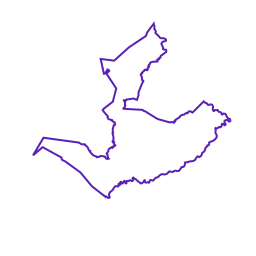 the district of Santa Rosa de Copan, Copán, Honduras, rotated 318°
{"feature_id": "27666195B67086372267843", "entity_name": "Santa Rosa de Copan", "entity_type": "district", "adm_level": 2, "iso_a3": "HND", "parent_name": "Honduras", "parent_adm1": "Copán", "projection": "robinson", "projection_center": [-88.756, 14.808], "detail": "fine", "context": "isolated", "style": "outline", "palette": "violet", "viewbox_px": 256, "rotation_deg": 318, "n_neighbors": 0, "source": "geoboundaries", "source_scale": "gbopen_adm2", "svg_char_len": 5919}
<svg xmlns="http://www.w3.org/2000/svg" viewBox="0 0 256 256"><g transform="rotate(318 128 128)"><path d="M146.4,71.6L147.0,72.0L147.4,72.1L149.0,71.7L149.7,71.4L151.1,71.2L151.7,71.0L151.9,70.8L152.3,71.2L152.3,73.0L151.9,73.1L148.4,73.2L145.7,90.8L134.3,98.3L122.5,97.4L121.9,97.8L121.1,97.8L120.9,99.8L120.8,106.0L120.2,106.2L119.8,106.5L119.6,107.1L119.5,107.9L119.7,108.8L120.5,109.9L120.8,110.7L121.5,111.5L121.0,112.5L121.4,113.4L121.5,114.2L121.8,115.0L121.8,115.3L121.0,116.0L120.8,116.6L120.6,116.9L120.2,116.9L119.8,116.4L119.4,116.4L116.0,118.5L114.9,119.9L114.1,120.5L113.8,121.6L113.1,121.5L112.6,122.0L112.3,123.0L110.8,125.5L108.9,127.3L107.8,127.5L107.8,127.9L108.3,128.8L108.4,129.2L108.3,129.3L108.0,129.4L107.3,128.8L106.9,131.2L107.1,131.8L107.0,132.3L106.2,132.3L105.5,132.5L104.9,131.7L103.8,132.3L103.2,132.4L103.0,132.2L103.1,131.5L103.0,131.3L101.6,131.2L100.4,130.8L99.5,130.9L97.5,132.2L96.7,132.4L95.7,132.5L95.1,132.7L94.8,134.4L93.6,135.9L93.2,137.9L92.3,137.5L91.4,136.4L91.3,135.9L91.3,135.2L91.8,133.9L90.9,133.0L90.3,131.9L88.6,130.3L87.1,130.1L86.7,129.8L86.4,129.2L85.3,128.9L85.3,127.8L84.7,126.9L83.8,124.3L83.7,123.6L83.9,122.9L83.7,121.0L83.8,120.7L84.5,120.1L84.6,119.9L84.5,119.6L84.1,119.1L84.0,118.8L84.6,116.8L85.1,115.4L85.1,113.9L84.7,112.5L85.1,111.7L85.0,111.3L84.8,111.1L84.5,111.2L84.3,111.1L84.2,110.6L83.9,110.1L82.5,108.9L82.2,107.5L81.8,106.5L81.8,106.0L58.7,78.7L39.1,84.8L51.7,85.1L58.8,105.4L57.9,106.8L57.7,107.5L57.8,108.0L59.0,110.7L62.9,129.3L62.2,147.1L65.2,164.1L65.7,163.9L66.0,164.1L66.3,166.4L67.1,167.2L67.5,167.4L67.9,167.3L68.3,166.8L68.6,165.8L69.2,164.9L70.2,164.2L71.5,163.7L75.0,163.8L78.0,162.9L79.5,162.8L80.2,163.1L81.1,164.5L81.9,164.9L82.4,164.7L83.3,163.3L83.7,163.2L84.0,163.6L84.2,164.7L84.5,164.9L85.0,164.6L85.3,163.8L85.7,163.3L86.0,163.1L86.4,163.1L86.8,163.4L86.9,163.6L86.8,164.1L86.4,164.9L86.5,165.2L86.7,165.5L87.6,165.5L89.1,164.9L89.6,164.9L89.9,165.0L89.9,165.4L89.5,166.1L89.3,166.9L89.3,167.6L89.6,168.0L89.9,168.0L90.2,167.7L90.9,166.6L91.3,166.5L91.8,166.6L92.7,167.8L94.1,168.0L94.8,168.3L95.3,170.1L95.5,170.3L95.9,170.4L97.0,170.1L97.8,168.4L98.3,168.2L98.7,168.3L98.9,168.9L99.0,170.0L99.5,171.5L99.6,172.8L100.0,175.4L100.2,176.2L100.4,177.8L101.3,178.3L102.9,178.5L103.6,178.4L104.6,177.9L105.4,177.9L105.5,178.1L105.3,178.5L104.7,178.8L104.5,179.1L104.4,179.5L104.4,179.9L105.1,180.9L106.3,181.5L107.0,182.7L107.4,182.7L108.8,181.7L109.5,181.5L110.1,181.8L111.2,183.7L111.4,183.9L112.8,183.7L114.3,183.7L115.4,183.5L117.3,184.6L120.2,184.4L121.6,184.7L122.7,185.3L124.3,187.2L125.6,187.9L127.6,188.1L129.0,187.8L129.6,187.9L131.7,190.5L133.5,190.9L134.4,191.2L135.1,191.9L135.6,192.8L135.9,193.2L136.6,193.6L137.4,193.9L138.0,193.9L138.7,193.6L139.9,193.5L141.5,192.9L141.9,193.0L142.4,193.5L143.1,193.9L144.3,194.0L144.8,193.8L146.2,192.8L147.0,192.0L147.6,191.8L149.0,193.1L151.9,194.3L152.5,194.9L153.4,195.6L155.4,196.5L156.2,196.6L157.2,196.4L158.9,195.7L161.0,195.8L161.2,196.9L161.3,197.2L161.9,197.4L163.5,197.6L164.3,197.4L166.4,196.2L167.2,196.2L168.3,196.4L169.5,196.3L170.2,195.9L172.0,194.7L173.6,194.5L174.4,194.6L175.3,194.0L176.2,194.7L176.9,194.7L177.4,194.4L178.5,193.2L178.9,193.0L179.7,193.2L182.1,194.3L185.2,194.7L186.0,194.6L187.6,194.2L188.6,193.4L189.2,192.5L189.5,191.0L189.9,189.9L192.0,188.1L192.3,187.6L192.4,186.9L193.0,186.6L193.3,187.2L194.1,187.9L195.3,188.2L196.0,188.1L196.5,188.2L197.0,189.2L197.4,189.4L198.6,189.3L199.5,188.7L200.4,187.8L200.6,187.8L201.4,188.5L201.5,190.5L202.6,190.9L202.8,190.8L203.0,190.5L203.7,188.0L204.6,187.3L205.1,187.3L206.8,188.1L207.2,188.4L207.3,189.0L207.2,190.5L207.4,190.9L208.1,191.3L209.0,191.1L209.5,190.1L209.7,189.5L209.6,189.1L209.0,188.0L208.8,187.3L209.1,185.2L209.7,183.6L209.8,182.7L208.6,181.1L207.2,181.2L206.9,180.9L206.9,180.6L207.4,178.9L207.3,178.3L206.3,176.4L206.3,175.9L206.6,174.9L206.6,174.5L205.7,174.0L204.7,172.9L203.3,172.9L203.0,172.6L203.0,171.9L203.7,170.5L205.6,169.0L206.1,167.1L205.8,166.5L205.3,165.8L204.5,165.3L203.6,165.0L203.0,164.5L202.9,163.7L203.1,162.6L202.9,161.9L202.3,161.0L202.1,160.3L202.1,158.9L186.3,159.7L186.0,159.2L185.7,157.6L184.4,156.4L183.2,156.6L182.9,156.5L182.3,156.9L182.1,156.9L181.9,156.7L181.8,156.2L181.7,156.0L180.1,155.6L178.6,155.6L177.0,154.4L175.8,154.3L175.0,154.0L173.2,154.6L171.9,154.1L169.6,154.1L169.0,153.7L168.6,153.9L167.8,153.8L167.6,154.2L167.5,154.6L167.4,154.7L166.7,154.1L166.4,154.1L166.1,154.4L165.5,154.7L165.1,153.5L164.6,153.0L163.7,152.3L162.9,152.0L156.0,141.1L151.8,126.7L151.4,126.3L151.0,125.6L150.9,124.2L137.5,110.7L137.8,110.3L138.2,110.2L139.6,110.4L140.4,109.6L141.2,109.4L141.2,108.8L141.5,108.3L141.8,108.0L142.4,107.7L142.7,107.3L143.1,105.7L143.5,104.7L144.4,105.5L145.0,105.6L144.9,106.2L145.2,106.2L145.8,106.0L146.3,106.1L151.8,109.8L153.5,113.1L157.9,110.6L159.7,108.5L168.9,104.0L169.3,104.0L170.6,103.6L170.9,103.3L171.0,102.9L170.9,102.7L170.5,102.2L171.2,100.8L172.0,100.2L173.1,97.5L173.2,96.8L174.3,96.6L175.0,96.8L175.3,96.2L178.4,96.3L178.9,95.9L179.3,95.9L180.0,96.5L180.7,97.7L181.0,97.9L181.2,97.7L181.3,97.2L182.0,97.6L182.7,96.7L184.0,96.7L184.3,96.6L184.4,95.7L185.0,95.9L185.4,95.8L185.9,95.6L186.1,94.9L187.2,95.0L187.8,94.5L188.3,94.4L189.5,94.8L190.1,94.9L190.6,95.4L191.8,96.0L192.1,96.6L192.6,97.0L193.7,97.3L194.3,98.3L194.7,98.1L195.7,96.7L196.2,96.9L196.7,97.5L197.1,97.7L198.0,96.9L199.0,97.4L199.4,97.3L199.7,97.1L199.9,96.6L200.7,96.3L204.5,96.8L206.2,96.8L207.0,97.1L207.6,96.9L208.6,95.4L207.1,93.5L206.9,92.7L207.8,91.9L208.5,89.8L208.8,88.4L209.1,87.8L210.0,87.3L211.6,87.2L214.4,88.6L215.0,88.3L215.4,87.7L215.4,87.0L214.4,84.9L213.0,83.8L212.3,82.8L212.2,82.0L212.3,79.7L211.9,75.9L212.2,75.6L212.9,75.2L213.3,74.9L213.8,73.3L213.8,72.0L215.6,70.3L216.0,69.8L216.4,68.4L216.9,67.7L206.6,69.7L202.8,71.6L182.9,68.7L162.8,68.7L153.9,58.4L146.4,71.6Z" fill="none" stroke="#5b21b6" stroke-width="2"/></g></svg>